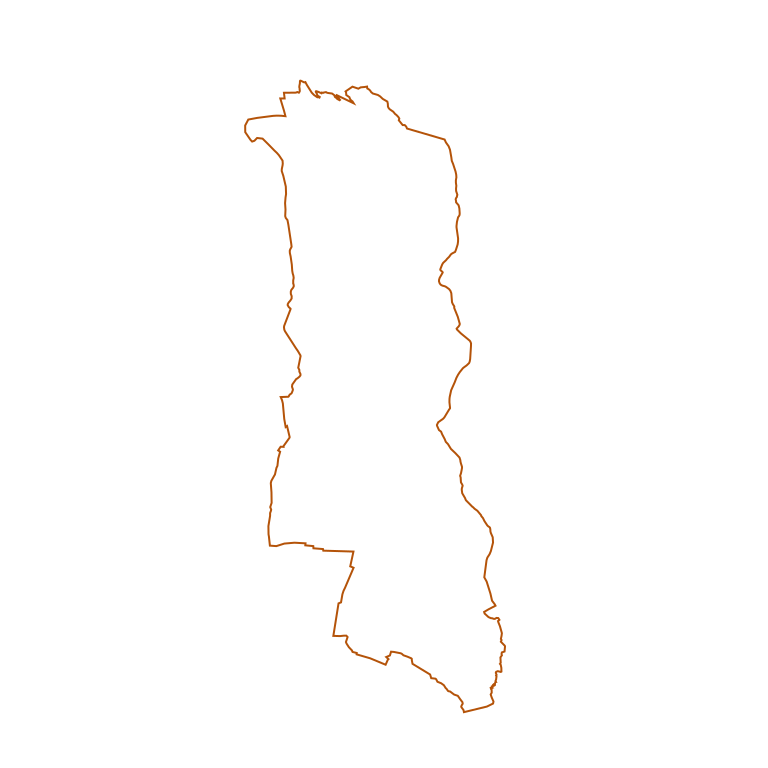 Merisani, Arges, Romania, rotated 206°
{"feature_id": "2599482B23805288669324", "entity_name": "Merisani", "entity_type": "district", "adm_level": 2, "iso_a3": "ROU", "parent_name": "Romania", "parent_adm1": "Arges", "projection": "albers", "projection_center": [24.723, 44.97], "detail": "fine", "context": "isolated", "style": "outline", "palette": "amber", "viewbox_px": 768, "rotation_deg": 206, "n_neighbors": 0, "source": "geoboundaries", "source_scale": "gbopen_adm2", "svg_char_len": 6154}
<svg xmlns="http://www.w3.org/2000/svg" viewBox="0 0 768 768"><g transform="rotate(206 384 384)"><path d="M415.7,188.7L409.7,191.1L403.6,196.9L394.9,202.1L384.7,206.4L384.0,204.5L376.5,207.3L375.4,205.4L366.5,208.9L365.5,207.6L338.0,220.0L334.4,205.3L330.8,205.5L329.7,183.8L329.7,180.4L329.2,176.8L326.9,168.9L328.7,166.9L319.1,135.4L312.9,138.2L310.1,140.0L307.5,141.3L305.8,140.6L305.1,135.4L303.9,134.3L300.1,132.0L295.8,130.4L295.2,129.6L294.8,129.4L290.6,130.3L290.1,129.0L276.2,131.4L259.5,132.4L259.7,137.9L259.4,138.7L262.3,139.6L259.7,142.6L260.3,146.5L257.7,147.5L250.9,149.3L249.7,149.3L247.6,148.7L243.3,149.2L239.2,149.4L238.6,149.2L237.8,147.8L235.7,145.0L215.2,143.1L212.6,140.3L208.6,141.7L207.7,141.5L205.4,139.8L201.5,140.1L198.1,139.5L195.2,137.7L194.3,137.5L191.9,136.2L191.2,136.2L189.8,136.6L184.8,135.6L181.0,136.1L180.6,135.9L177.2,134.0L174.0,132.4L173.1,131.1L173.3,129.5L173.2,128.0L172.7,127.4L169.6,125.8L168.3,124.1L150.1,139.2L145.9,144.6L146.4,146.6L149.7,149.4L152.0,151.7L151.9,153.8L153.2,156.3L153.8,156.6L153.7,157.2L154.4,157.3L154.4,157.7L154.8,157.9L154.5,158.3L153.7,158.2L153.5,158.4L154.0,158.5L153.9,159.1L154.4,159.6L153.8,160.2L154.0,160.8L153.1,160.8L152.8,161.2L153.4,162.2L152.5,162.3L153.1,164.0L153.3,165.2L152.8,165.4L153.6,166.1L153.7,167.5L154.7,170.5L155.5,171.1L155.3,171.9L156.9,173.4L157.0,174.5L155.8,175.8L152.8,176.4L152.4,177.0L154.1,180.3L156.0,182.8L157.1,183.3L156.9,184.6L159.5,189.3L159.1,191.9L160.0,192.8L160.4,194.4L158.4,196.4L160.2,201.2L160.7,201.7L166.0,203.6L166.1,205.4L167.2,206.1L167.9,209.0L168.8,211.7L173.6,217.1L176.6,219.8L177.6,220.9L176.9,222.6L178.7,223.7L180.3,223.1L181.4,221.5L181.8,221.3L182.6,221.0L184.0,220.9L185.3,220.4L187.9,220.3L192.9,221.8L194.1,223.0L191.2,227.4L186.6,233.6L187.8,234.5L191.9,236.6L196.4,242.2L205.1,251.4L209.1,254.2L214.6,270.6L215.0,273.3L214.5,277.3L214.7,280.7L216.5,289.3L219.1,293.9L222.5,296.8L223.6,298.0L224.8,300.1L225.8,301.3L226.5,301.6L228.1,301.8L229.2,302.2L233.6,304.8L236.3,306.9L238.6,307.9L239.2,308.6L244.5,311.0L248.0,311.6L249.9,312.3L250.8,312.4L259.3,315.4L259.9,315.8L261.0,316.9L265.8,320.1L267.8,323.1L268.3,324.4L268.7,327.0L269.6,327.9L271.7,329.3L274.2,333.7L275.3,334.8L275.7,337.6L276.5,340.7L277.1,342.8L277.7,343.9L280.1,346.4L281.4,348.0L282.0,349.0L283.9,351.0L289.7,353.2L295.4,355.0L300.1,358.0L303.1,359.1L305.3,361.1L309.7,364.3L311.8,366.2L314.4,366.7L318.1,369.8L318.5,370.4L318.5,373.4L315.6,378.7L315.1,380.5L314.3,389.6L314.0,391.0L314.3,391.7L317.2,396.3L318.6,399.3L319.3,401.3L320.9,407.8L321.2,416.6L321.6,421.2L321.5,424.8L321.1,427.9L320.0,432.8L319.4,434.1L317.9,436.9L316.7,440.1L316.8,441.7L317.5,444.2L322.4,456.1L323.6,458.7L324.9,459.9L325.9,460.5L337.1,463.2L342.4,465.0L343.0,465.6L342.1,468.7L342.0,470.2L342.2,471.2L347.1,476.7L354.3,483.2L354.8,484.5L355.2,484.8L357.2,486.0L358.7,487.3L363.3,495.1L365.1,496.8L367.0,497.8L370.8,498.5L372.2,498.5L374.7,498.0L376.5,498.1L378.0,498.8L379.6,500.4L380.2,501.8L380.5,503.8L380.1,509.9L380.6,510.4L383.0,511.0L383.5,511.4L383.7,511.9L384.1,517.0L383.9,518.9L382.5,522.5L382.2,524.0L381.2,526.9L380.7,529.8L380.0,531.2L378.0,533.9L378.2,536.4L378.8,540.5L379.0,541.8L379.9,544.5L381.2,547.3L387.5,556.6L388.1,557.8L389.5,561.7L390.5,566.3L390.2,567.9L390.2,569.1L390.8,570.6L393.2,574.8L395.0,577.0L395.6,577.5L398.7,578.8L399.0,579.1L399.3,579.8L400.6,581.5L400.7,582.8L400.5,584.2L400.8,584.9L401.0,586.2L403.8,589.1L404.9,591.2L405.9,593.9L407.6,596.4L408.7,598.6L409.5,601.4L410.8,603.7L412.8,606.3L418.4,612.1L420.9,614.3L422.9,617.3L427.4,623.5L430.1,626.0L434.3,628.3L436.7,630.3L475.3,623.7L476.9,625.1L478.9,625.8L480.7,624.9L486.3,627.5L486.6,629.3L488.2,630.3L490.9,631.3L492.2,631.5L495.1,632.8L499.2,633.4L500.7,634.0L502.0,635.0L503.5,637.7L504.8,639.3L510.1,639.7L513.6,640.8L516.2,641.1L521.4,640.2L523.7,640.8L525.1,641.7L526.8,642.2L528.6,642.3L529.6,643.9L531.7,642.4L535.0,640.4L536.5,638.2L542.7,637.4L546.8,630.1L546.2,629.7L545.7,629.1L544.6,627.2L540.8,626.6L539.6,625.4L538.2,624.6L536.2,624.2L534.3,623.0L554.0,622.9L548.1,620.1L548.3,619.6L551.0,619.7L552.0,620.2L553.6,620.4L554.2,620.7L554.7,621.3L555.4,621.8L558.0,622.3L562.0,621.0L563.1,620.8L564.1,620.9L566.0,619.5L566.3,619.0L567.6,618.7L567.6,617.9L570.8,617.8L573.1,617.5L573.5,617.2L573.4,616.7L571.9,615.7L570.2,614.1L567.6,613.8L567.6,613.1L569.7,613.0L569.8,612.5L573.7,613.1L576.7,614.2L584.6,619.1L587.0,620.9L587.9,620.1L591.9,620.1L592.3,619.8L592.3,619.4L591.4,617.3L590.7,614.7L590.3,613.7L589.5,612.8L589.0,611.8L588.5,611.2L588.0,609.9L588.2,608.5L589.9,608.4L590.9,607.3L591.4,607.0L601.6,601.9L598.5,597.1L602.4,595.2L593.6,585.7L590.0,581.5L594.1,580.0L598.0,578.2L601.2,576.4L614.6,567.6L621.9,562.2L622.1,555.5L619.1,549.5L611.0,544.9L608.8,544.1L607.1,545.8L605.9,549.5L600.7,551.3L593.0,548.7L584.9,545.8L581.7,544.8L578.8,543.6L573.1,540.3L571.6,537.7L571.0,536.0L570.1,532.4L569.3,530.6L565.8,527.0L558.8,518.4L555.3,511.8L554.3,508.6L552.2,503.2L549.0,497.6L546.4,491.6L545.1,490.2L542.6,489.0L539.7,485.1L528.6,469.0L527.2,466.8L527.3,463.8L527.1,462.4L526.0,460.4L523.9,457.8L519.2,450.9L516.1,445.5L514.5,443.3L513.0,441.7L511.7,439.8L511.0,437.3L509.6,434.4L509.1,434.1L508.0,432.5L507.9,430.8L508.5,428.1L508.5,427.5L508.2,426.0L507.2,424.1L505.5,422.5L504.5,420.3L504.8,417.7L505.3,416.0L505.5,414.7L505.5,413.5L505.1,412.6L503.3,411.4L501.0,410.7L500.8,410.2L499.2,392.5L498.8,391.2L497.4,389.1L496.1,388.0L479.1,377.7L475.9,375.9L471.7,373.1L471.2,372.5L468.2,361.0L466.3,359.6L465.5,358.0L463.5,356.4L463.0,355.5L462.9,354.9L463.2,353.5L464.3,351.1L465.1,349.9L466.2,343.3L465.5,341.2L463.5,339.2L463.2,338.2L463.0,335.5L463.1,334.9L463.9,333.5L464.2,332.4L464.2,331.2L464.4,330.6L471.1,327.0L468.6,324.8L466.4,322.2L458.3,308.8L453.5,302.2L452.7,303.7L445.5,294.9L445.4,294.1L447.1,284.1L446.7,283.5L449.4,282.3L450.0,277.9L447.7,277.6L446.4,270.7L443.9,263.7L443.9,261.5L442.3,254.7L442.4,254.3L442.8,247.6L442.3,245.3L437.6,237.2L432.9,227.9L432.3,223.5L430.3,221.6L430.0,220.2L429.8,218.1L428.6,215.6L425.6,205.6L421.9,198.3L420.6,196.5L415.7,188.7Z" fill="none" stroke="#b45309" stroke-width="2"/></g></svg>